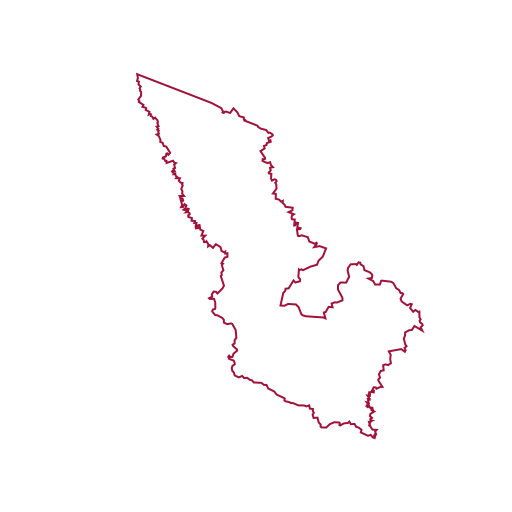 Bu Gia Map, Bình Phước, Vietnam, rotated 299°
{"feature_id": "81297802B78542366840504", "entity_name": "Bu Gia Map", "entity_type": "district", "adm_level": 2, "iso_a3": "VNM", "parent_name": "Vietnam", "parent_adm1": "Bình Phước", "projection": "natural_earth1", "projection_center": [106.995, 11.949], "detail": "fine", "context": "isolated", "style": "outline", "palette": "rose", "viewbox_px": 512, "rotation_deg": 299, "n_neighbors": 0, "source": "geoboundaries", "source_scale": "gbopen_adm2", "svg_char_len": 6140}
<svg xmlns="http://www.w3.org/2000/svg" viewBox="0 0 512 512"><g transform="rotate(299 256 256)"><path d="M297.4,347.4L294.6,342.8L290.2,342.3L287.8,343.1L283.0,347.5L276.5,347.8L273.7,342.7L270.2,341.9L266.5,343.9L261.3,351.9L259.1,353.1L254.5,349.3L253.6,347.3L251.1,345.2L248.3,347.8L246.7,344.2L240.7,344.1L239.5,342.7L235.1,346.9L234.8,344.5L227.5,328.9L226.8,326.0L226.9,324.1L231.9,318.1L233.0,314.4L229.6,307.3L226.2,304.9L224.6,301.4L236.8,297.8L239.6,298.5L241.7,297.7L243.5,300.2L252.8,300.7L251.9,303.2L255.2,306.7L257.1,305.8L258.0,303.3L265.0,300.1L264.8,301.0L266.4,302.2L266.4,304.0L273.4,309.0L277.9,313.6L282.2,313.0L287.8,314.7L296.6,313.6L295.5,306.9L292.0,302.6L296.4,303.2L296.9,302.5L295.2,301.4L294.5,295.6L297.6,292.2L296.2,285.8L294.3,284.2L294.0,282.8L299.1,278.9L301.0,281.6L301.9,281.5L301.0,278.3L305.3,276.7L304.7,275.0L301.9,275.5L301.2,274.6L306.7,272.2L305.6,269.7L306.4,268.7L308.9,267.8L310.9,268.9L310.2,263.2L313.6,265.7L316.0,264.7L313.3,257.9L314.7,256.2L315.3,253.5L317.2,252.7L315.7,251.6L316.5,248.8L315.6,245.5L320.0,243.2L318.9,240.5L324.9,241.3L328.5,238.9L329.3,237.4L331.5,237.8L332.3,236.5L332.0,234.8L329.7,233.5L331.0,231.6L335.3,229.6L334.5,227.4L335.0,226.7L337.9,227.4L340.0,225.5L341.9,227.7L342.8,224.9L344.9,222.9L342.8,221.0L342.3,215.6L343.9,214.9L345.0,216.7L346.1,216.5L349.9,209.1L354.3,211.4L356.1,209.6L358.2,211.4L360.0,210.7L363.0,213.5L364.1,212.6L362.7,211.9L365.1,209.4L367.9,211.6L369.6,212.2L370.4,211.5L370.6,208.4L369.7,207.2L371.1,203.7L369.7,198.5L369.9,195.3L370.7,194.2L368.9,180.4L369.6,180.6L369.8,179.0L371.3,178.2L370.2,173.6L372.7,169.9L374.2,164.7L368.5,164.0L367.8,159.9L367.0,158.7L365.5,158.5L365.3,157.2L366.3,157.2L368.5,154.0L368.3,142.9L357.4,64.0L354.4,66.4L351.4,67.1L351.7,69.1L349.1,70.0L348.3,73.1L346.1,72.9L345.4,74.2L344.3,74.4L343.7,76.1L340.4,77.8L335.8,77.2L334.9,79.0L333.9,78.9L333.6,84.3L331.4,84.4L332.2,87.6L331.9,88.4L330.3,88.7L330.4,92.9L327.8,93.6L329.0,94.3L329.0,95.3L327.4,96.1L327.6,97.7L326.2,99.8L328.1,100.7L326.9,104.0L325.6,105.3L324.5,105.2L322.4,107.8L321.0,106.4L319.9,108.9L318.6,108.4L318.4,110.2L317.2,110.2L315.9,111.8L314.1,110.2L313.8,112.8L311.1,116.3L309.4,116.9L309.7,119.6L307.5,121.9L308.2,124.5L304.6,130.9L302.0,130.3L302.7,128.5L302.1,128.0L299.4,128.9L297.1,126.8L296.0,127.1L296.4,128.9L295.2,130.5L295.8,131.6L294.0,132.7L299.1,137.2L298.1,139.2L298.4,140.9L296.3,140.1L293.7,142.5L292.4,141.5L290.8,143.7L290.4,141.9L289.2,141.6L288.7,143.6L287.5,144.1L288.8,145.5L287.2,146.8L286.9,148.9L285.4,148.5L287.1,151.8L284.4,152.0L283.6,154.4L284.2,156.4L282.7,156.7L282.2,157.7L278.5,158.1L276.9,160.3L274.7,161.2L273.6,163.9L271.4,160.1L270.1,161.8L270.7,163.8L269.2,165.4L268.6,165.3L268.3,163.2L264.8,166.7L262.4,166.8L263.6,168.5L266.7,168.3L266.5,170.6L263.4,171.1L261.4,170.2L261.8,172.4L264.2,173.2L264.5,174.3L262.7,174.6L260.3,173.7L261.5,175.5L261.2,177.2L260.3,177.8L258.7,177.0L257.4,177.9L258.1,181.6L255.6,182.5L257.0,185.7L255.0,186.0L256.0,187.9L252.8,188.7L251.1,190.1L252.2,191.7L254.4,190.0L255.7,191.6L252.1,194.4L252.3,197.8L247.4,198.4L249.2,201.7L245.2,200.7L244.7,202.4L243.0,203.8L243.8,205.3L244.9,205.5L243.1,208.7L241.2,209.5L243.1,210.5L242.2,214.4L246.9,215.2L246.6,220.6L243.7,223.4L243.8,226.6L244.9,227.0L243.2,228.0L244.5,229.7L241.4,231.4L239.4,229.4L233.0,229.3L233.2,230.8L231.5,230.5L227.7,234.4L224.8,233.7L222.8,235.3L221.4,234.9L214.5,242.4L211.3,242.4L204.5,240.4L205.3,238.3L204.3,236.2L200.9,236.0L199.2,237.4L196.3,235.4L196.0,236.3L198.2,240.0L195.6,242.9L190.7,245.7L189.7,245.8L188.3,244.2L186.5,244.4L185.8,245.5L184.6,249.0L185.4,250.7L185.5,256.6L184.6,258.8L182.2,260.2L182.4,263.8L184.9,266.8L185.1,268.1L181.4,274.1L174.9,278.5L172.1,278.1L169.1,279.7L167.1,278.5L166.2,279.5L165.0,284.7L164.1,285.4L159.7,283.7L156.3,284.3L155.3,282.7L155.8,280.8L154.3,280.6L153.0,282.5L153.7,287.3L152.2,289.1L151.0,289.9L148.6,288.7L146.3,289.1L144.0,291.0L143.3,293.3L141.2,295.2L141.5,299.8L144.4,302.1L143.5,304.9L145.2,307.3L144.7,310.4L145.3,312.9L144.3,315.3L147.7,322.3L147.1,325.4L148.3,327.7L146.0,331.0L146.4,337.5L144.8,341.3L145.4,349.5L145.2,350.3L143.4,350.9L143.2,352.1L144.4,356.1L144.2,357.7L145.3,359.7L145.9,365.5L148.7,370.7L148.8,372.8L151.1,375.0L148.6,377.1L149.8,379.9L147.8,381.0L146.9,382.6L144.6,382.5L142.3,384.9L144.4,388.1L140.8,391.6L139.9,394.3L138.1,395.2L137.8,396.3L140.0,400.6L144.7,402.1L148.3,404.8L150.7,409.3L150.4,410.4L148.6,410.9L148.6,411.8L152.2,414.0L154.5,417.3L156.4,417.9L154.9,420.5L156.9,423.6L155.2,426.3L155.7,429.3L155.1,432.6L152.5,433.2L153.1,441.2L155.2,443.0L154.0,445.8L154.2,448.0L156.4,447.5L156.2,446.4L157.8,446.4L158.3,447.4L160.3,445.3L162.4,445.8L160.6,442.0L162.6,438.2L162.6,436.4L163.3,437.7L165.5,435.4L166.0,437.5L166.2,435.8L168.4,437.5L168.0,435.6L169.0,435.0L170.7,435.9L171.2,433.2L173.5,432.6L177.3,434.8L177.2,432.6L178.5,433.5L178.0,432.5L179.7,431.4L179.3,430.3L178.3,430.4L179.4,427.5L178.0,427.1L178.2,425.4L178.8,425.3L178.9,426.6L179.3,425.8L180.3,426.8L181.7,423.8L182.2,425.8L184.3,423.8L185.1,424.7L185.5,423.5L186.3,424.5L187.9,421.2L188.8,423.4L190.3,422.8L190.1,421.5L191.8,421.1L192.2,422.2L193.8,422.7L193.2,423.4L193.8,425.1L195.3,424.4L194.6,422.7L198.2,422.6L199.1,424.5L198.3,425.7L201.7,428.2L202.8,430.0L206.4,423.4L207.4,422.8L209.7,423.5L212.1,420.9L216.0,420.8L217.9,423.1L222.1,420.2L224.0,421.8L224.6,424.4L227.6,426.0L230.9,423.3L234.8,421.8L237.0,418.4L245.0,428.2L244.4,432.6L246.1,432.5L247.6,430.5L250.1,431.4L251.1,429.3L255.5,425.3L258.4,425.0L261.5,423.5L265.2,425.9L266.9,428.2L271.6,428.5L271.3,437.7L273.5,434.6L276.2,435.4L277.2,434.3L277.4,431.8L278.7,430.5L280.4,430.7L281.6,428.7L286.5,425.9L285.7,425.2L286.1,421.6L283.4,420.5L285.2,416.0L289.3,415.6L288.9,414.1L286.1,412.1L286.8,405.5L288.8,403.1L294.1,403.2L294.4,401.8L293.7,400.4L295.6,397.7L295.8,394.2L298.9,389.3L299.0,386.6L295.5,378.1L295.0,377.5L291.1,378.2L288.8,374.1L290.9,370.6L290.8,365.3L292.9,368.0L295.5,367.1L296.3,366.0L296.9,363.2L296.2,357.7L299.3,354.9L299.4,351.5L300.7,350.4L300.2,348.8L297.1,348.5L297.4,347.4Z" fill="none" stroke="#9f1239" stroke-width="2"/></g></svg>